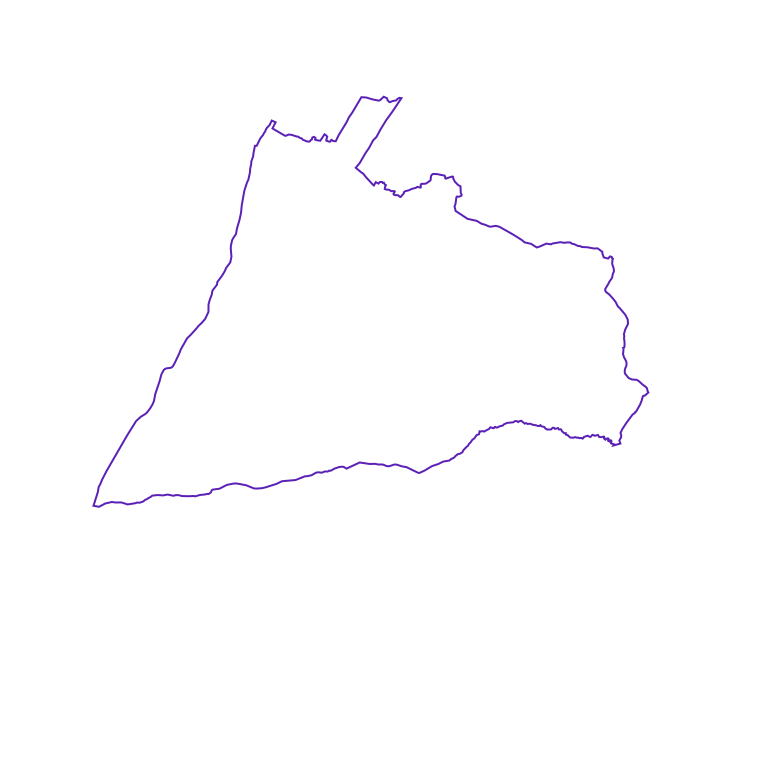 Lapos, Buzau, Romania, rotated 211°
{"feature_id": "2599482B27443512706553", "entity_name": "Lapos", "entity_type": "district", "adm_level": 2, "iso_a3": "ROU", "parent_name": "Romania", "parent_adm1": "Buzau", "projection": "orthographic", "projection_center": [26.415, 45.162], "detail": "fine", "context": "isolated", "style": "outline", "palette": "violet", "viewbox_px": 768, "rotation_deg": 211, "n_neighbors": 0, "source": "geoboundaries", "source_scale": "gbopen_adm2", "svg_char_len": 6154}
<svg xmlns="http://www.w3.org/2000/svg" viewBox="0 0 768 768"><g transform="rotate(211 384 384)"><path d="M516.3,638.0L518.2,637.2L519.3,635.3L519.6,633.4L522.4,630.9L524.1,628.6L524.6,628.4L527.1,629.1L528.6,630.5L532.2,630.1L533.5,625.3L534.4,624.2L540.9,621.9L546.6,620.5L551.1,618.2L551.0,600.1L551.4,594.5L550.9,588.8L551.0,574.0L550.4,567.2L552.5,566.2L553.8,566.0L554.7,566.4L554.9,566.2L555.0,564.0L555.5,563.6L558.6,562.9L558.8,563.5L559.3,563.6L560.0,566.7L561.2,567.2L563.6,567.4L563.9,559.7L567.8,558.1L569.0,558.0L569.4,559.6L571.3,559.8L572.4,558.4L571.8,556.5L572.4,555.4L572.6,553.7L573.0,553.2L575.1,552.2L579.6,551.6L581.0,552.1L582.9,551.6L585.0,551.8L586.2,551.2L591.3,550.0L594.0,548.9L596.1,546.1L597.0,545.8L611.2,545.6L611.7,552.5L615.9,552.0L615.4,547.0L616.3,543.3L616.3,541.2L615.9,539.4L616.1,537.0L615.9,535.2L616.5,531.0L615.8,522.6L617.3,521.7L614.5,513.9L613.5,512.1L612.3,506.2L611.2,504.4L609.6,499.7L607.9,496.4L605.5,489.3L605.2,486.2L603.3,477.9L598.1,464.2L594.8,457.3L592.4,450.3L590.1,441.5L588.1,436.3L588.4,431.5L588.2,428.9L586.5,423.8L585.2,421.3L580.3,414.5L578.4,409.1L579.1,402.0L578.6,399.0L578.6,393.1L579.4,385.6L578.3,383.1L579.1,376.2L578.8,374.6L577.7,372.0L576.7,366.4L575.4,361.8L571.6,355.4L570.8,347.6L571.7,342.5L572.9,338.5L573.3,335.2L574.9,327.1L576.1,322.6L576.3,321.1L576.0,309.1L575.2,304.5L574.2,294.2L574.1,290.4L574.5,289.0L575.1,288.1L578.6,285.3L579.5,284.1L580.0,282.7L579.8,278.2L579.5,276.6L577.8,270.9L574.9,257.7L572.4,250.8L571.9,247.1L571.9,242.6L572.5,237.3L573.2,235.2L575.5,230.9L577.4,224.6L577.7,207.8L577.0,167.0L576.4,157.1L575.6,151.9L575.5,148.7L573.6,143.9L570.3,130.0L565.0,132.0L561.4,138.0L556.5,142.7L553.4,144.0L547.9,147.3L541.8,148.7L535.8,153.7L534.6,155.2L532.3,156.4L529.9,159.3L528.9,162.0L528.0,163.0L527.2,164.9L525.9,166.9L525.2,168.9L520.9,172.2L516.0,174.7L512.5,177.8L507.6,179.5L506.6,180.0L505.4,181.4L502.5,183.1L499.7,183.8L493.8,187.1L489.1,190.2L488.0,190.4L484.7,194.0L480.3,197.3L479.0,198.7L477.7,199.3L476.6,201.8L476.9,204.2L476.5,205.2L471.1,209.5L466.8,216.5L461.4,221.4L459.2,222.8L450.1,226.2L441.8,227.5L439.4,228.7L435.1,231.7L432.1,234.6L426.4,241.1L424.5,243.3L421.4,248.1L410.4,256.1L404.1,264.3L402.2,265.5L399.1,268.5L396.6,273.0L394.7,274.6L391.8,275.8L389.5,278.7L387.1,280.0L386.5,281.4L385.1,282.1L382.7,286.2L379.6,289.8L377.4,291.5L375.7,292.2L372.6,292.1L364.4,304.2L355.0,308.1L350.5,311.0L347.8,311.9L343.5,314.4L339.5,315.0L337.8,315.8L336.6,316.8L334.0,320.0L332.0,321.3L326.0,322.7L322.1,324.3L308.7,325.5L307.6,326.3L304.5,330.9L300.6,338.3L296.1,343.6L293.3,348.0L288.6,352.0L287.6,354.8L287.1,355.1L285.9,357.3L285.7,359.1L285.0,360.5L284.8,361.7L283.1,363.2L281.6,365.9L281.9,367.3L281.8,368.5L280.9,372.5L280.2,374.2L280.3,376.4L279.7,378.7L279.6,381.3L278.6,383.9L278.3,387.9L276.7,389.9L277.7,392.7L276.6,393.1L275.1,394.5L273.5,394.9L273.2,395.7L270.8,399.6L270.5,401.7L267.5,402.4L267.1,402.9L267.1,403.8L266.5,404.6L265.4,404.5L264.5,405.0L263.1,407.3L260.8,409.5L260.5,411.1L258.4,414.1L253.4,417.8L252.7,419.5L252.1,420.0L250.9,420.6L249.3,420.5L248.9,421.7L247.4,423.2L243.0,422.5L242.2,423.6L240.4,423.7L238.1,425.3L235.8,425.6L232.4,426.9L230.5,427.3L229.3,427.9L228.7,429.3L227.5,428.8L224.4,429.7L223.0,429.0L220.7,429.0L217.5,431.0L217.2,431.5L217.0,433.1L216.6,433.6L215.7,434.0L214.3,433.6L212.2,435.8L210.6,435.1L209.3,436.2L208.7,436.2L207.1,435.2L204.2,434.6L202.9,435.5L201.9,434.3L200.4,434.8L196.9,434.0L194.1,435.4L192.8,436.9L191.2,437.2L190.4,437.9L188.9,438.1L187.1,439.4L185.7,439.4L185.3,440.1L185.4,441.5L182.9,444.5L180.1,444.7L179.7,445.2L179.2,447.6L178.8,448.0L176.6,448.2L174.4,450.5L172.1,449.4L170.2,450.5L168.8,451.9L168.1,452.2L167.6,451.8L167.3,450.6L165.5,450.3L165.0,451.8L164.3,452.6L163.4,452.8L162.8,452.3L162.9,451.2L162.5,450.7L161.1,450.8L160.8,451.2L160.7,452.4L160.1,452.6L159.5,452.1L159.2,450.5L158.8,450.0L155.7,450.8L155.7,449.4L150.7,454.7L153.1,456.7L153.4,460.7L154.3,462.3L156.1,463.9L156.5,468.0L156.2,475.7L155.2,485.8L154.0,488.5L154.2,489.2L153.7,490.0L153.9,498.3L154.6,502.5L155.8,506.8L155.6,507.4L154.5,508.4L153.0,512.8L154.4,513.7L156.4,515.8L158.3,516.4L162.1,516.7L167.0,517.7L169.6,517.7L173.7,515.6L177.3,515.1L182.4,516.9L183.3,517.5L184.7,519.8L185.3,521.6L185.6,524.4L186.7,526.6L188.1,528.2L192.4,530.8L194.9,533.2L195.2,534.3L197.1,538.0L197.6,538.2L196.9,539.1L197.7,541.0L199.4,543.8L202.0,547.1L202.7,548.9L204.0,550.2L205.3,555.0L205.8,561.3L208.3,564.8L213.0,567.7L220.9,570.4L223.6,571.0L227.5,573.5L231.0,574.9L237.2,576.8L241.1,577.2L242.8,578.3L243.3,579.4L243.3,585.9L243.5,587.1L243.2,592.6L244.5,596.0L244.9,599.0L246.6,601.3L250.3,604.5L252.0,607.8L252.3,609.2L253.0,609.1L253.9,610.1L255.8,609.9L256.2,609.3L256.2,607.9L256.6,606.9L260.8,605.7L264.0,608.3L264.9,609.7L270.7,610.3L273.8,608.3L280.0,606.0L285.0,603.3L286.6,603.3L288.6,602.3L293.5,601.7L295.0,601.0L297.1,601.3L300.6,599.2L302.1,597.9L305.9,596.4L312.0,591.1L312.7,589.8L317.2,587.9L321.4,581.9L323.4,579.7L330.1,579.9L336.5,577.8L340.0,578.4L349.7,578.6L366.1,578.2L369.7,577.1L373.7,573.7L374.9,573.2L379.1,572.6L383.0,571.6L388.5,571.6L397.5,568.6L411.7,569.2L415.0,572.6L415.4,575.0L418.1,581.3L417.9,582.4L416.3,583.0L414.8,584.9L414.6,585.3L414.9,586.2L416.6,587.3L420.2,592.8L422.8,592.7L427.4,593.9L430.3,595.6L431.4,597.1L432.0,597.2L433.4,595.9L436.7,591.9L437.5,591.9L438.5,593.4L439.4,593.8L446.5,591.3L449.9,589.5L450.6,588.6L450.8,587.4L450.7,586.2L449.1,582.8L449.1,582.2L451.0,577.9L451.7,577.0L455.0,574.8L455.2,574.1L455.0,573.4L453.9,571.9L453.8,571.2L457.0,570.1L457.8,568.5L460.9,565.3L462.4,562.9L465.1,560.2L465.7,558.8L465.2,557.6L466.1,552.9L466.8,552.6L469.2,553.0L472.1,551.5L473.1,551.4L473.8,551.8L473.8,554.4L474.4,554.7L477.0,553.1L479.9,553.0L482.5,551.7L483.8,551.6L484.5,553.2L484.8,555.4L485.8,555.3L487.8,556.5L488.6,555.7L489.3,556.1L489.9,556.0L491.5,555.1L492.0,552.9L495.0,552.8L494.9,548.9L495.3,548.9L506.3,552.1L510.1,553.6L512.9,553.7L519.6,554.8L518.6,561.0L518.8,571.9L518.4,578.6L518.8,587.3L517.7,591.8L518.1,600.6L518.0,611.2L517.1,621.4L516.3,638.0Z" fill="none" stroke="#5b21b6" stroke-width="2"/></g></svg>